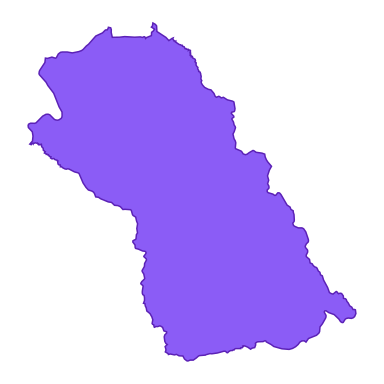 the district of Ban Hong, Lamphun, Thailand
{"feature_id": "78962969B26085596744311", "entity_name": "Ban Hong", "entity_type": "district", "adm_level": 2, "iso_a3": "THA", "parent_name": "Thailand", "parent_adm1": "Lamphun", "projection": "natural_earth1", "projection_center": [98.82, 18.271], "detail": "fine", "context": "isolated", "style": "filled", "palette": "violet", "viewbox_px": 384, "rotation_deg": 0, "n_neighbors": 0, "source": "geoboundaries", "source_scale": "gbopen_adm2", "svg_char_len": 5892}
<svg xmlns="http://www.w3.org/2000/svg" viewBox="0 0 384 384"><path d="M186.1,48.6L185.1,48.7L184.1,46.7L182.6,46.3L182.3,45.3L181.3,45.4L180.7,44.8L179.2,44.5L175.9,42.2L175.8,41.2L175.2,41.7L174.7,40.9L174.0,40.9L173.9,40.4L172.7,39.0L173.1,38.0L172.1,38.4L168.9,40.6L165.9,37.4L156.9,31.5L156.6,25.9L155.4,24.4L152.9,23.0L152.4,26.0L151.4,27.1L154.5,29.1L154.6,29.4L153.8,30.1L153.3,31.0L151.6,32.3L151.4,35.6L146.4,37.6L145.6,38.5L144.8,36.9L144.1,36.7L142.5,37.4L140.3,36.9L134.7,37.2L124.7,36.6L119.5,37.2L112.3,37.3L111.2,32.4L111.3,29.7L110.7,27.8L108.4,27.3L108.2,28.2L107.3,29.8L105.4,30.0L102.5,32.9L95.8,36.0L88.5,44.3L86.3,46.0L83.2,49.4L81.5,50.6L78.8,51.6L72.3,52.9L67.2,52.0L62.4,52.0L60.5,52.3L58.3,54.0L56.4,57.6L55.5,58.2L51.9,57.1L47.5,58.4L45.4,58.1L44.9,62.5L39.7,70.4L39.3,71.4L39.0,73.5L39.3,74.6L46.1,82.3L47.9,85.6L53.7,93.2L59.1,106.9L62.0,112.0L62.1,115.5L61.9,117.1L61.2,118.4L58.8,119.9L57.4,120.2L55.6,119.9L54.4,119.4L49.8,114.8L48.1,114.2L46.0,114.3L42.7,116.1L36.0,122.9L34.7,123.3L30.6,123.2L29.2,123.8L28.5,124.3L28.1,125.7L28.4,127.6L32.3,131.8L33.0,136.1L32.5,141.0L29.8,144.1L31.2,144.7L32.5,143.3L33.1,143.2L33.3,143.7L33.5,143.2L34.2,143.3L35.1,142.8L36.6,143.2L37.3,143.0L37.7,143.8L38.0,143.9L38.3,144.4L38.6,144.0L38.9,144.7L39.7,144.8L40.1,144.4L40.5,144.7L41.4,144.3L41.7,146.7L43.2,148.3L43.3,150.2L44.1,150.6L44.5,151.5L45.2,151.7L44.4,153.0L46.0,153.7L46.2,154.3L47.0,154.1L47.4,154.8L48.3,154.7L48.4,155.2L49.1,155.5L49.1,156.1L49.7,156.6L50.9,156.7L50.6,158.0L52.0,158.9L53.8,158.5L54.9,159.6L57.2,160.3L57.4,161.0L57.9,161.1L57.7,161.4L57.8,162.9L58.2,164.3L59.1,164.9L60.3,165.0L60.4,166.8L61.3,166.6L62.9,167.9L64.9,168.9L66.3,169.2L67.5,168.8L68.9,169.0L74.5,171.9L77.9,172.8L79.0,173.4L83.1,183.0L86.0,187.4L88.4,190.0L91.7,191.0L93.5,192.1L94.5,193.6L95.7,196.9L98.5,197.3L100.7,198.8L108.2,201.9L111.5,202.4L114.5,205.3L118.0,205.6L120.4,206.7L122.9,209.5L125.0,209.3L130.5,209.7L131.3,210.4L132.5,214.6L133.1,215.5L135.7,217.1L136.5,220.9L137.6,223.7L136.8,228.5L137.5,233.0L136.4,234.6L136.0,238.9L135.4,239.5L133.0,240.7L132.8,242.0L135.0,245.0L135.2,247.6L135.6,248.4L138.5,249.2L142.6,251.0L144.9,251.3L145.6,251.7L146.0,252.5L145.9,253.5L143.8,256.3L144.0,256.8L146.2,258.8L146.5,259.9L144.6,263.5L144.4,266.5L142.1,270.5L142.2,271.5L143.8,274.1L144.7,278.4L144.3,279.2L141.8,281.6L140.8,283.3L141.2,284.3L142.6,285.3L143.1,286.2L142.3,291.2L142.3,293.2L142.8,294.6L144.1,295.5L144.5,297.9L144.5,300.5L143.5,303.3L144.9,303.6L145.3,306.0L146.2,307.8L146.8,311.0L150.0,313.6L151.9,317.0L152.8,319.8L152.1,323.5L152.6,324.3L153.7,324.8L154.2,327.1L154.6,327.3L155.8,326.5L157.7,326.6L159.7,325.9L160.7,326.1L162.6,327.4L163.9,330.9L166.6,331.8L166.6,333.1L164.8,334.9L164.2,336.9L164.8,341.3L165.9,343.5L167.3,344.5L165.1,346.6L165.9,349.2L165.8,350.7L165.3,351.9L168.1,353.6L168.4,354.5L170.3,354.0L174.4,354.9L176.5,354.4L179.0,355.8L182.9,356.0L184.5,359.0L186.8,360.8L187.9,361.0L190.2,360.1L193.3,360.1L196.3,358.0L198.4,356.1L199.5,355.6L205.4,355.1L206.0,354.7L210.0,353.6L211.8,353.8L217.4,353.0L224.0,351.2L225.4,351.3L227.0,352.7L227.7,352.7L228.9,351.5L230.5,350.6L232.5,350.5L233.3,349.8L234.0,350.0L234.5,349.2L235.6,348.6L240.6,348.6L240.5,348.1L240.8,347.8L242.4,347.6L242.6,347.0L243.3,346.6L242.9,346.0L243.4,345.8L244.8,345.9L247.8,347.2L250.6,349.2L252.2,348.1L254.7,347.6L255.7,344.9L255.4,343.3L256.8,342.2L257.5,341.8L263.1,341.6L265.0,340.7L266.0,341.2L266.3,341.9L271.1,344.5L273.8,346.5L281.9,348.8L289.1,349.4L292.6,348.4L295.6,346.7L298.1,344.5L299.8,342.2L301.7,341.0L304.2,340.8L306.0,342.1L308.5,338.5L316.5,335.3L318.9,333.1L319.6,331.6L320.0,326.9L322.4,323.8L325.6,318.1L326.0,316.9L326.0,315.3L324.4,312.5L324.4,311.5L325.0,310.8L326.1,310.8L328.7,312.6L334.2,314.6L338.9,319.1L340.6,321.7L342.2,322.6L343.2,322.4L345.2,319.2L346.3,318.5L348.3,318.0L351.4,318.4L353.2,317.8L354.6,316.6L355.9,313.6L355.4,309.8L354.6,309.5L353.0,309.5L351.8,307.2L349.7,305.8L348.2,302.9L346.9,301.4L346.2,299.4L345.3,298.7L343.5,298.4L343.3,295.9L341.6,293.5L340.2,293.2L338.4,293.7L336.8,291.7L336.2,291.5L333.0,294.1L330.8,293.4L329.4,292.5L327.6,287.5L323.6,280.1L322.3,275.8L320.5,274.8L319.9,272.3L318.3,271.0L317.0,268.1L316.2,267.4L314.6,266.8L313.1,265.4L312.3,263.9L310.1,262.9L309.5,259.4L306.3,256.6L306.2,255.1L307.6,252.3L307.7,250.9L307.4,249.8L305.5,247.5L305.2,246.2L306.4,243.8L308.2,242.0L308.5,240.9L308.3,239.3L305.8,231.9L303.6,228.7L302.0,227.9L298.3,227.9L294.4,226.2L293.4,225.2L292.8,223.2L294.1,221.4L294.3,220.0L294.0,214.6L293.3,212.3L293.2,210.8L290.9,209.4L290.1,207.1L287.1,205.1L281.0,194.6L279.8,193.2L279.0,192.8L277.8,192.8L275.7,195.3L274.7,195.4L272.9,194.1L268.2,192.7L267.2,191.7L267.2,190.0L268.8,188.4L269.0,187.8L268.9,186.1L267.6,183.8L268.7,180.2L267.5,175.9L269.4,170.1L271.5,166.3L267.8,162.0L266.4,159.8L265.2,157.0L264.7,154.1L261.9,153.1L256.1,152.3L253.7,150.6L252.9,150.5L249.2,152.6L247.1,154.2L245.4,154.7L243.2,153.9L241.7,151.6L241.0,151.0L235.6,148.7L235.3,147.9L235.8,142.8L235.3,141.0L234.0,138.6L233.0,134.0L234.2,131.7L235.5,127.7L235.2,126.6L234.1,124.9L233.5,122.1L231.8,119.0L232.3,118.2L233.8,117.2L233.8,116.2L231.3,113.4L231.6,112.3L234.3,111.5L234.7,110.6L235.0,108.6L233.9,102.0L232.7,101.2L227.3,99.8L223.4,97.3L221.2,97.9L219.6,96.6L218.7,96.3L216.4,97.3L215.1,96.2L214.0,93.5L211.0,89.9L208.3,89.3L204.6,87.4L202.5,85.0L201.3,82.9L201.2,81.7L201.8,80.7L200.9,79.0L201.2,76.1L200.7,75.0L200.8,74.2L200.1,72.1L198.7,71.5L198.8,70.7L197.7,68.9L197.9,67.4L196.8,66.4L196.0,64.8L196.2,63.6L195.7,62.8L195.9,62.5L195.4,62.4L195.0,61.6L195.5,60.6L195.1,59.3L192.7,57.9L192.4,56.5L191.8,56.7L191.5,56.2L191.2,56.5L190.9,55.5L190.3,55.4L190.6,54.7L190.2,54.2L190.6,53.8L190.2,53.3L190.5,52.6L190.0,52.2L190.5,51.2L190.4,50.4L189.4,50.0L188.4,50.4L188.6,49.7L188.3,49.3L186.4,49.2L186.1,48.6Z" fill="#8b5cf6" stroke="#5b21b6" stroke-width="1.5"/></svg>